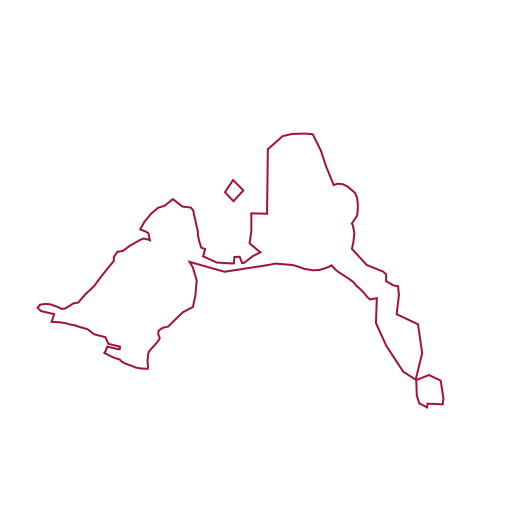 the district of Nasr, Aswan, Egypt, rotated 279°
{"feature_id": "37247803B32135052764998", "entity_name": "Nasr", "entity_type": "district", "adm_level": 2, "iso_a3": "EGY", "parent_name": "Egypt", "parent_adm1": "Aswan", "projection": "robinson", "projection_center": [32.989, 24.512], "detail": "fine", "context": "isolated", "style": "outline", "palette": "rose", "viewbox_px": 512, "rotation_deg": 279, "n_neighbors": 0, "source": "geoboundaries", "source_scale": "gbopen_adm2", "svg_char_len": 2891}
<svg xmlns="http://www.w3.org/2000/svg" viewBox="0 0 512 512"><g transform="rotate(279 256 256)"><path d="M136.6,121.4L134.3,128.1L133.2,132.1L132.5,137.3L132.5,137.5L130.5,140.3L129.2,144.1L128.2,149.8L127.1,154.1L126.9,157.6L127.1,162.3L127.6,166.0L127.6,166.6L128.0,166.6L129.0,166.8L135.8,165.2L141.8,164.9L142.5,164.9L142.9,164.9L144.7,165.2L145.2,165.5L148.3,167.2L148.7,167.6L149.1,167.9L151.2,169.2L154.8,171.6L156.8,172.6L159.1,173.7L159.4,173.8L161.5,172.9L163.2,171.7L163.6,171.7L166.7,171.4L167.7,172.1L170.5,175.2L172.6,180.3L174.9,182.1L178.2,184.4L184.2,188.9L188.9,192.4L189.4,193.1L192.5,197.2L195.8,201.7L200.3,201.9L203.8,202.1L208.0,202.3L217.6,201.5L222.2,201.4L234.7,195.5L239.8,191.4L238.5,202.3L235.5,227.4L235.7,228.0L240.0,241.5L242.3,248.5L246.6,262.0L249.4,270.5L249.6,271.3L251.5,276.0L251.8,279.8L252.8,293.2L252.5,297.1L252.4,297.5L252.3,298.0L251.3,303.5L250.9,305.5L250.8,314.3L250.9,315.0L252.1,320.8L255.5,327.7L257.0,330.1L257.9,331.3L258.6,332.0L254.8,336.9L252.9,340.4L250.4,346.1L249.0,349.2L246.8,353.8L245.3,356.5L242.1,360.0L240.3,363.1L237.4,367.3L233.0,372.3L230.9,375.4L233.2,381.9L208.5,385.0L187.6,398.8L186.8,399.5L164.8,419.5L158.8,433.1L186.1,435.3L213.9,426.7L220.5,404.0L239.6,403.3L248.4,401.0L248.4,396.6L251.5,388.4L258.2,387.5L260.5,383.9L264.4,366.8L278.1,349.6L284.8,350.0L293.8,349.6L301.4,346.9L303.0,345.6L311.9,349.6L317.7,349.2L322.8,348.5L328.9,346.9L333.6,344.2L336.5,339.6L339.0,335.4L340.5,330.4L340.1,325.0L338.2,321.7L355.8,311.0L370.1,303.7L385.1,293.0L384.6,285.5L382.2,272.5L378.5,263.5L363.3,251.0L299.5,260.3L297.4,244.7L279.8,247.5L267.5,247.7L260.3,259.7L255.4,252.8L247.6,245.6L246.8,243.4L252.7,240.0L251.6,234.8L245.2,235.3L244.4,229.1L243.4,218.2L247.4,203.8L254.9,204.7L255.7,200.6L261.9,197.5L267.2,195.5L271.6,194.6L276.6,192.5L281.8,190.5L287.6,188.1L291.2,186.9L293.7,184.0L293.3,175.6L296.3,170.1L299.2,165.0L291.3,157.8L288.3,151.8L281.6,145.9L272.0,140.3L264.1,137.5L263.0,142.6L261.8,146.1L254.9,148.7L255.5,146.5L255.6,142.1L253.6,138.8L248.5,132.5L247.6,131.3L246.5,129.9L240.3,123.9L238.4,118.4L232.9,115.8L229.0,116.2L228.6,116.2L220.8,111.6L208.8,104.8L201.2,101.0L191.7,93.6L182.1,87.6L180.7,83.1L178.0,80.2L175.6,77.2L174.3,75.7L173.3,72.4L174.8,67.6L174.9,66.9L176.1,60.4L175.7,55.4L174.1,50.3L170.6,48.4L167.9,52.5L167.9,53.4L167.0,65.8L166.5,65.7L159.9,64.6L159.0,64.4L159.3,67.6L159.9,73.1L159.8,78.3L159.3,83.8L159.1,89.2L158.8,89.2L157.3,101.1L153.3,108.5L152.3,119.9L146.2,123.9L145.1,135.9L142.5,135.9L142.4,134.0L143.1,124.5L143.2,123.7L143.3,123.3L140.3,122.7L138.9,122.4L136.8,121.5L136.6,121.4ZM138.7,463.6L144.8,463.4L161.8,457.9L165.5,445.4L158.5,433.7L143.2,436.7L136.1,440.3L135.9,440.4L135.8,441.2L133.2,448.7L137.0,448.6L138.7,463.6ZM327.4,221.5L319.3,217.7L314.1,215.4L306.6,225.2L311.3,228.3L318.8,233.2L327.4,221.5Z" fill="none" stroke="#9f1239" stroke-width="2"/></g></svg>